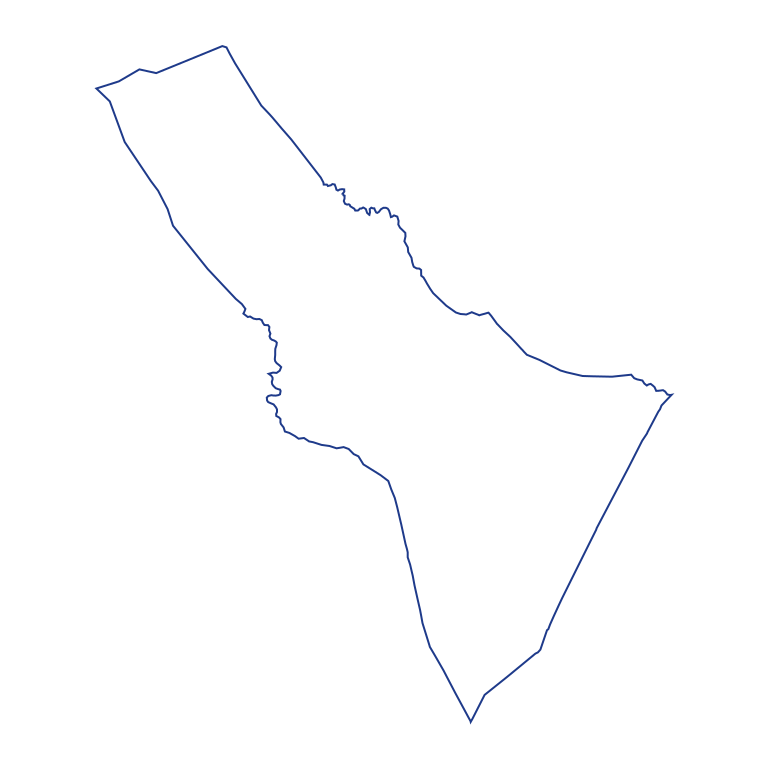 outline of Ad Dinder, Sennar, Sudan
{"feature_id": "16777658B21408858343438", "entity_name": "Ad Dinder", "entity_type": "district", "adm_level": 2, "iso_a3": "SDN", "parent_name": "Sudan", "parent_adm1": "Sennar", "projection": "robinson", "projection_center": [34.843, 12.697], "detail": "fine", "context": "isolated", "style": "outline", "palette": "blue", "viewbox_px": 768, "rotation_deg": 0, "n_neighbors": 0, "source": "geoboundaries", "source_scale": "gbopen_adm2", "svg_char_len": 5333}
<svg xmlns="http://www.w3.org/2000/svg" viewBox="0 0 768 768"><path d="M281.6,128.4L272.5,117.6L269.9,114.7L261.3,105.6L241.2,73.2L235.1,63.4L229.6,53.5L226.5,47.4L226.4,47.4L224.6,46.8L222.3,46.1L171.7,66.8L156.2,73.1L139.4,69.4L118.8,81.4L104.3,86.0L96.4,88.5L109.8,101.4L124.7,142.0L150.9,181.1L158.1,190.7L167.6,209.1L173.0,225.7L175.8,229.2L207.7,269.0L235.8,298.9L241.9,304.1L245.4,308.9L244.4,311.6L243.4,313.6L247.8,317.0L250.1,316.5L253.5,318.6L256.5,319.2L259.4,319.0L261.8,320.2L262.8,322.7L264.4,325.0L266.0,325.1L268.0,325.1L269.4,327.0L269.0,330.1L270.4,333.6L269.5,336.2L270.4,338.5L272.0,339.8L273.9,340.4L275.7,341.4L276.8,342.6L276.5,345.1L275.3,348.8L275.2,351.5L275.2,355.0L274.8,359.1L275.2,361.2L276.6,363.1L279.6,365.5L281.2,367.1L279.7,370.7L276.6,372.9L273.0,372.6L268.7,373.8L271.2,375.6L272.5,377.5L272.6,379.3L271.8,381.9L272.2,384.2L273.3,385.8L275.7,388.2L278.1,389.1L280.0,389.6L280.6,391.0L280.0,394.3L278.5,395.1L275.8,395.6L273.3,395.5L271.3,395.2L268.3,396.0L266.8,397.6L267.1,400.5L268.2,402.1L270.9,403.3L273.6,404.4L276.0,407.4L277.0,409.4L277.0,412.0L276.1,414.0L276.3,416.0L279.0,417.4L280.5,419.1L280.4,422.2L280.9,424.0L283.6,427.4L284.9,431.5L289.6,433.0L290.0,433.3L291.8,434.3L295.0,436.1L298.6,438.7L304.0,438.0L308.8,441.2L309.0,441.4L313.1,442.2L321.5,444.9L329.5,446.0L336.6,448.3L340.3,447.7L343.6,447.1L348.7,449.0L353.7,454.1L358.4,456.3L363.4,464.4L380.5,475.1L388.3,481.0L391.3,489.5L394.8,498.0L397.2,507.2L400.5,521.3L401.2,524.2L405.5,543.9L407.0,549.2L407.7,552.3L407.7,557.3L410.1,564.5L411.4,570.1L412.7,575.6L414.5,585.3L414.8,586.7L417.8,600.1L420.1,610.1L421.2,615.9L422.5,623.1L429.5,645.6L429.8,646.8L434.8,655.3L443.6,670.6L446.5,676.2L455.4,693.2L465.4,711.7L468.3,717.1L470.4,720.9L470.5,721.1L470.6,721.5L470.7,721.9L472.4,718.9L484.6,694.9L507.1,676.9L535.4,653.6L537.9,652.4L540.4,649.6L547.0,630.2L548.3,629.2L550.1,624.4L553.7,616.3L558.9,605.0L562.2,598.0L578.7,564.8L588.6,544.9L596.2,529.7L596.6,528.3L628.4,467.8L642.2,440.7L647.0,433.5L647.5,432.2L655.6,416.8L658.3,411.7L660.0,409.3L661.5,405.5L667.9,398.7L669.6,396.9L671.6,394.8L670.0,395.1L669.7,395.0L667.9,394.6L667.7,394.5L667.4,394.5L667.3,394.3L667.2,394.2L666.8,393.8L666.6,393.5L666.0,392.7L665.6,392.2L665.4,391.9L665.3,391.7L665.2,391.6L664.8,391.3L664.6,391.2L663.8,390.7L663.6,390.5L663.4,390.4L663.1,390.2L662.8,390.2L662.2,390.3L661.9,390.3L660.8,390.5L659.3,390.7L659.2,390.7L658.9,390.7L658.6,390.8L658.4,390.8L658.1,390.8L657.4,390.8L656.6,390.9L656.2,390.9L656.0,390.4L654.6,387.2L653.0,385.7L650.8,384.0L650.7,383.9L649.0,384.3L648.4,384.5L646.8,385.5L644.3,383.5L642.4,380.5L637.2,379.4L634.2,378.2L631.2,374.7L612.0,376.7L592.5,376.3L582.6,376.0L566.6,372.3L560.5,370.5L539.4,359.9L526.9,354.8L524.0,351.8L522.2,349.7L521.6,349.2L516.6,343.7L510.3,336.9L503.3,330.4L497.4,324.2L497.1,324.0L495.4,321.6L491.1,315.7L489.9,314.3L488.9,313.1L488.7,312.9L488.5,312.7L488.2,312.7L487.9,312.8L487.6,312.9L487.2,313.0L484.5,313.8L484.1,313.9L483.3,314.1L481.5,314.6L480.0,315.0L479.6,315.2L479.3,315.3L479.1,315.2L478.8,315.1L478.7,315.0L478.0,314.7L475.9,313.9L475.4,313.7L475.2,313.6L473.9,313.1L473.4,312.9L472.7,312.6L472.0,312.3L471.8,312.2L471.2,312.5L466.3,314.5L465.0,314.4L464.6,314.3L460.5,314.0L457.1,312.9L455.9,312.5L446.3,305.7L433.2,293.2L430.1,288.7L428.6,286.2L427.0,283.6L425.3,280.5L423.9,278.2L423.7,277.8L423.6,277.6L423.4,277.4L423.2,277.3L423.1,277.2L422.6,276.8L422.3,276.5L422.1,276.4L421.7,276.1L421.3,275.8L421.2,275.6L421.1,270.0L419.4,268.6L416.6,268.4L413.8,266.8L413.2,265.3L412.2,262.0L411.5,257.8L408.2,252.0L407.8,247.4L405.4,243.1L404.4,241.3L405.5,236.3L405.3,232.9L402.6,230.2L400.0,227.7L398.3,224.5L398.6,221.0L397.3,216.6L394.0,215.4L392.2,216.7L390.9,217.1L390.2,214.1L389.0,210.5L387.7,208.6L385.9,207.8L383.4,207.8L381.0,209.2L378.8,212.0L377.2,212.9L376.1,212.4L374.9,210.0L374.3,208.3L372.8,208.3L371.3,207.7L369.7,209.1L370.0,212.3L369.4,214.9L369.2,214.8L367.4,213.1L367.2,213.0L367.1,212.9L367.0,212.5L366.6,211.4L366.3,210.6L366.3,210.4L365.9,209.3L365.9,209.2L365.5,208.9L364.2,208.0L364.0,207.9L363.8,207.8L363.5,207.7L363.4,207.6L363.2,207.5L362.9,207.6L362.6,207.8L362.3,208.0L362.2,208.1L361.9,208.3L361.6,208.4L361.5,208.5L361.4,208.5L361.2,208.5L360.7,208.5L360.4,208.5L360.2,208.5L359.9,208.6L359.7,208.8L359.5,209.0L359.1,209.5L358.9,209.7L358.8,209.8L358.6,210.0L358.4,210.2L358.3,210.3L358.2,210.3L357.7,210.5L357.3,210.5L356.9,210.5L356.6,210.5L355.4,210.5L355.2,210.5L354.9,209.9L354.3,208.7L353.2,208.1L353.0,207.9L352.7,207.8L352.6,207.7L351.8,207.2L351.4,206.9L350.3,206.3L349.9,205.1L349.7,204.9L348.8,204.3L347.1,204.6L345.1,203.8L344.5,202.6L343.9,201.3L343.8,201.0L344.5,198.7L344.6,195.7L344.2,195.6L343.7,195.5L343.5,195.4L343.4,195.1L343.4,194.9L343.0,193.4L342.9,193.4L344.3,191.6L344.3,190.8L344.2,190.5L344.2,190.3L344.2,190.1L344.2,189.4L343.3,189.3L342.8,189.2L342.7,189.2L342.4,189.2L342.2,189.2L341.8,189.2L341.1,189.3L340.9,189.4L340.4,189.4L340.0,189.5L339.8,189.5L339.7,189.5L339.4,189.7L338.9,190.0L338.7,190.1L338.3,190.4L338.0,190.5L337.8,190.5L337.0,190.0L336.4,189.7L336.2,188.8L335.7,187.1L335.3,186.1L334.7,184.5L332.4,184.1L330.8,185.3L328.7,185.8L327.9,186.0L327.8,185.8L326.9,184.6L323.7,184.6L323.4,182.5L320.8,177.6L291.3,139.5L281.6,128.4Z" fill="none" stroke="#1e3a8a" stroke-width="2"/></svg>